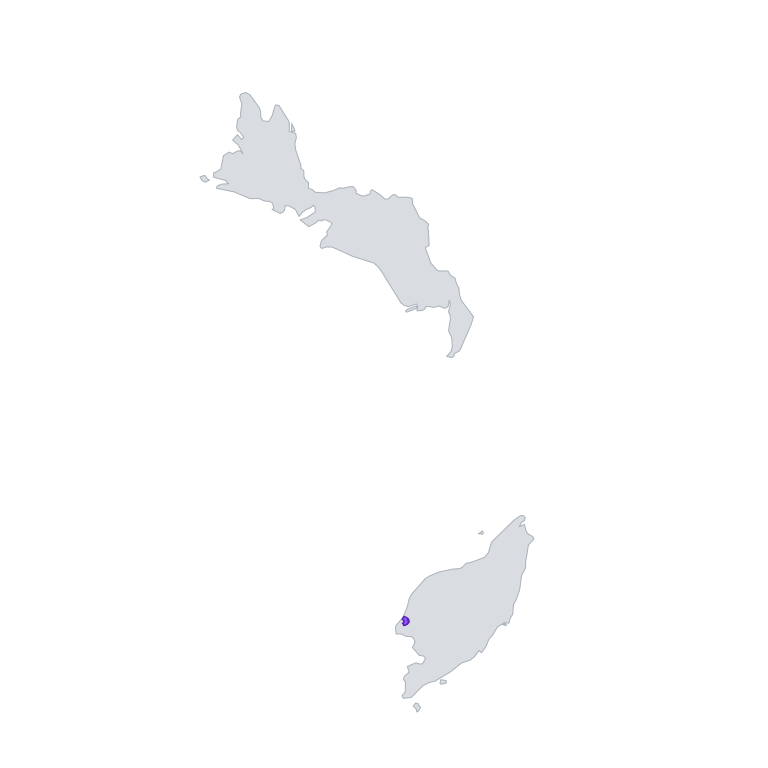 Pasir Puteh, Kelantan, Malaysia shown in context, rotated 251°
{"feature_id": "92858781B22030714456206", "entity_name": "Pasir Puteh", "entity_type": "district", "adm_level": 2, "iso_a3": "MYS", "parent_name": "Malaysia", "parent_adm1": "Kelantan", "projection": "mercator", "projection_center": [102.35, 5.842], "detail": "fine", "context": "in_parent", "style": "filled", "palette": "violet", "viewbox_px": 768, "rotation_deg": 251, "n_neighbors": 0, "source": "geoboundaries", "source_scale": "gbopen_adm2", "svg_char_len": 4974}
<svg xmlns="http://www.w3.org/2000/svg" viewBox="0 0 768 768"><g transform="rotate(251 384 384)"><path d="M649.7,382.1L645.7,381.4L640.0,377.9L634.2,376.7L617.5,376.6L615.1,375.6L611.8,377.6L606.0,375.8L602.6,376.1L598.9,378.2L593.7,376.3L591.1,379.4L587.7,381.4L584.1,389.7L583.3,399.7L584.0,405.9L582.3,409.3L581.7,416.3L580.4,419.4L575.7,420.7L573.6,419.6L569.4,423.9L568.3,425.7L568.2,432.5L571.4,434.7L571.4,436.1L564.5,441.8L558.5,445.0L557.6,447.9L560.0,453.9L559.0,456.7L555.8,458.1L553.5,465.8L550.7,470.7L549.6,471.2L545.5,469.6L529.6,471.8L525.0,475.8L520.5,478.2L516.9,475.9L515.1,476.1L500.3,471.8L499.7,468.0L498.2,467.4L483.0,467.7L473.5,471.6L470.0,481.3L464.9,482.3L461.1,485.6L454.5,485.2L450.5,486.1L444.1,484.5L438.0,484.3L418.5,490.5L412.3,486.1L393.3,468.8L390.6,465.8L390.0,460.5L387.9,459.6L387.2,458.2L386.9,456.6L389.8,452.3L392.8,457.9L397.5,460.9L405.7,463.1L413.4,462.4L424.0,468.0L427.5,468.9L431.2,468.5L437.9,472.8L442.0,473.0L436.6,470.0L435.6,467.7L436.2,465.2L439.7,461.8L440.2,456.4L442.9,451.1L443.4,448.7L441.5,446.8L441.1,443.5L442.6,439.0L446.2,441.3L449.2,440.7L449.2,432.5L451.4,428.9L455.1,426.5L491.5,418.2L497.5,416.2L501.6,413.8L514.7,396.2L530.3,379.7L532.4,373.9L532.3,369.8L533.2,368.8L534.9,368.3L538.3,370.4L540.1,372.0L543.4,379.1L546.4,379.3L551.5,386.1L552.7,386.9L554.2,386.5L558.2,382.2L559.3,379.0L558.4,378.5L560.3,374.8L558.7,372.5L557.2,364.2L566.4,358.2L566.4,365.0L569.0,374.9L573.6,376.3L576.0,375.7L574.7,372.8L574.2,366.9L573.0,363.1L570.1,358.2L577.8,357.1L583.7,351.8L584.6,348.5L580.8,346.6L579.3,344.0L579.2,341.3L585.3,335.1L585.9,336.9L589.8,337.4L591.6,337.3L594.2,334.7L595.6,331.1L600.2,325.9L602.8,317.8L614.4,304.9L623.6,289.4L625.5,290.7L626.0,294.8L624.0,302.1L628.1,300.3L635.1,290.1L639.2,291.8L639.0,294.6L640.6,299.8L652.1,306.5L653.7,313.1L651.1,315.6L652.0,322.0L651.1,324.0L647.3,325.8L657.7,324.0L663.8,320.3L667.4,326.6L661.5,329.0L662.8,331.7L668.4,330.1L671.8,327.9L675.2,328.4L680.5,331.0L682.1,332.4L683.1,335.5L687.0,336.6L695.0,340.8L702.2,340.8L704.7,342.9L704.5,348.4L700.7,351.6L685.6,356.1L681.7,356.0L676.1,354.3L672.2,355.3L669.7,360.5L674.3,365.8L682.1,371.2L683.1,372.6L681.6,375.3L663.9,379.5L660.2,379.1L653.7,376.5L649.7,382.1ZM78.7,307.5L80.6,299.9L83.4,299.6L86.1,303.9L95.4,307.3L98.3,306.2L99.5,306.9L100.8,308.0L103.4,314.0L109.3,314.1L110.0,323.5L107.3,327.1L107.0,329.6L111.3,334.0L113.8,332.9L116.0,329.0L125.7,325.1L129.7,329.3L133.4,329.3L136.1,327.8L138.2,322.7L142.1,318.9L143.6,314.1L149.2,315.4L151.4,316.4L157.7,326.6L166.1,333.7L172.4,337.7L176.2,341.5L186.6,359.8L187.8,365.8L188.3,374.8L186.7,388.5L184.8,395.3L185.2,398.5L187.8,403.4L187.0,408.1L187.4,422.7L190.6,427.9L199.5,434.2L212.8,462.3L215.1,470.2L213.9,473.2L211.5,474.0L209.4,472.5L208.2,468.6L205.1,465.6L205.4,471.1L199.7,470.4L195.7,471.2L191.0,475.1L188.7,475.2L184.7,468.1L169.6,460.0L164.1,458.0L158.2,451.8L145.0,445.1L136.7,438.5L133.1,434.5L124.6,430.9L120.9,426.6L117.2,424.3L119.1,420.1L117.4,412.2L111.3,405.0L108.4,400.0L102.7,395.0L98.2,388.8L100.9,387.0L96.5,380.3L94.9,375.5L94.9,366.3L90.3,353.5L86.4,335.6L87.1,329.3L86.1,322.6L78.7,307.5ZM635.6,283.6L633.6,285.3L633.0,280.5L635.7,278.0L639.6,277.5L639.7,281.8L638.8,283.0L635.6,283.6ZM69.9,306.7L72.2,310.2L70.5,312.3L69.1,311.8L66.5,313.4L63.6,310.0L63.3,308.3L66.6,308.6L69.9,306.7ZM447.4,439.6L446.4,440.1L444.9,438.9L444.5,429.0L445.6,428.1L447.0,430.0L447.4,439.6ZM85.9,341.4L83.5,346.1L81.1,345.6L81.5,340.2L82.9,339.5L85.9,341.4ZM659.9,381.6L655.3,382.2L652.2,382.2L652.6,379.5L654.1,379.1L659.9,381.6ZM212.9,429.3L210.5,429.4L209.9,428.1L211.7,424.7L212.9,429.3ZM118.0,420.9L116.3,421.5L116.5,419.4L117.7,418.3L118.0,420.9Z" fill="#d9dde1" stroke="#a8b0b8" stroke-width="1"/><path d="M148.9,325.6L149.1,325.8L149.3,326.0L149.4,326.3L149.3,326.5L149.2,326.9L149.2,327.0L149.3,327.4L149.4,327.5L149.5,327.6L149.4,327.7L149.3,327.8L149.4,328.0L149.5,328.2L149.6,328.3L149.8,328.5L150.0,328.3L150.2,328.5L150.1,328.8L150.1,329.1L150.2,329.3L150.3,329.2L150.4,329.3L150.4,329.5L150.5,329.6L150.4,329.9L150.5,330.0L150.8,330.2L151.0,330.2L151.4,330.3L151.5,330.3L151.6,330.2L151.7,330.3L151.8,330.4L152.0,330.3L152.1,330.2L152.3,330.3L152.5,330.5L152.6,330.4L152.6,330.2L152.6,329.9L152.5,329.7L152.8,329.4L153.0,329.5L153.3,329.5L153.3,329.9L153.2,329.9L153.2,330.0L153.2,330.3L153.3,330.1L153.6,330.1L153.5,330.4L153.5,330.5L153.8,330.4L154.0,330.4L154.3,330.4L155.0,330.0L155.2,329.8L156.2,328.9L157.7,327.1L156.6,325.9L155.8,325.2L155.6,324.7L154.3,325.3L153.4,325.8L153.4,325.7L153.2,325.7L152.9,325.4L152.7,325.3L152.7,325.2L152.8,325.2L152.7,325.2L152.4,325.0L152.3,324.9L152.2,324.9L152.2,324.7L152.0,324.4L151.9,324.4L151.8,324.2L151.7,324.2L151.6,323.9L151.5,324.0L151.4,324.0L151.2,324.1L150.9,324.1L150.7,324.1L150.4,324.0L150.2,324.0L149.9,324.2L149.5,324.0L149.4,324.1L149.2,324.3L149.1,324.6L149.2,325.0L149.0,325.3L148.9,325.5L148.9,325.6Z" fill="#8b5cf6" stroke="#5b21b6" stroke-width="1.5"/></g></svg>